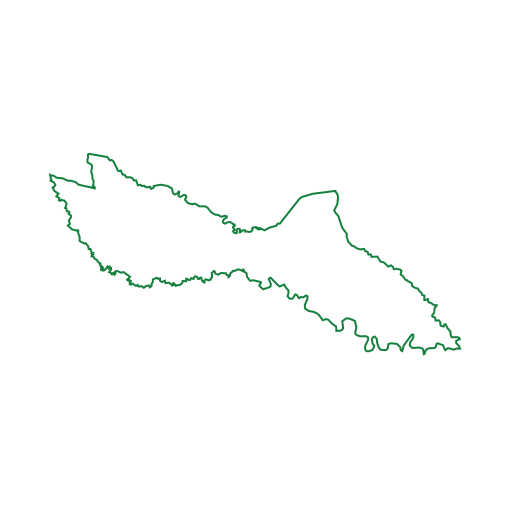 the district of Quinsaloma, Los Rios, Ecuador, rotated 279°
{"feature_id": "8360857B59163426869713", "entity_name": "Quinsaloma", "entity_type": "district", "adm_level": 2, "iso_a3": "ECU", "parent_name": "Ecuador", "parent_adm1": "Los Rios", "projection": "orthographic", "projection_center": [-79.358, -1.146], "detail": "fine", "context": "isolated", "style": "outline", "palette": "green", "viewbox_px": 512, "rotation_deg": 279, "n_neighbors": 0, "source": "geoboundaries", "source_scale": "gbopen_adm2", "svg_char_len": 6084}
<svg xmlns="http://www.w3.org/2000/svg" viewBox="0 0 512 512"><g transform="rotate(279 256 256)"><path d="M303.9,40.1L300.1,41.2L299.5,42.0L298.2,41.4L297.0,44.9L294.8,46.7L293.4,46.2L291.9,44.5L291.3,44.6L291.1,45.4L289.7,45.8L288.5,47.1L286.6,51.2L283.7,49.5L282.4,52.6L280.1,52.7L280.1,54.2L281.2,55.0L280.7,55.7L280.9,57.7L278.7,60.4L277.6,60.8L273.6,60.0L273.5,61.1L270.6,62.1L270.5,64.5L269.8,64.9L268.3,64.3L266.8,67.1L265.1,67.1L261.9,65.6L258.6,67.1L256.7,65.4L253.6,70.0L253.0,75.0L253.5,75.3L253.4,76.5L251.0,76.7L247.3,78.8L243.2,79.5L241.4,84.6L242.0,85.7L239.5,88.7L236.6,89.7L237.0,91.4L233.5,93.3L233.5,94.1L232.7,93.3L232.2,94.5L231.9,93.8L229.9,93.7L230.2,95.2L228.0,97.3L227.0,99.9L225.6,100.5L224.3,103.4L223.5,103.0L222.9,103.9L221.9,103.8L221.2,104.5L222.2,106.1L221.5,105.4L220.7,106.5L219.6,105.0L217.9,105.2L217.8,107.0L219.1,107.0L218.0,108.1L221.1,110.9L222.1,110.7L222.6,111.2L222.0,112.2L222.5,113.0L220.5,113.0L221.5,114.8L219.4,114.9L217.1,113.4L216.6,115.2L215.4,116.5L216.5,116.8L217.1,118.5L215.9,118.4L215.3,119.1L217.0,120.0L218.6,119.3L219.5,121.1L218.4,125.3L219.4,127.6L215.8,134.8L212.3,132.4L211.7,133.4L212.4,134.9L211.8,136.2L211.0,136.5L210.3,135.3L208.2,135.8L208.1,136.5L209.4,138.4L207.7,142.1L208.9,143.8L207.6,144.5L207.7,146.4L208.4,147.7L207.0,150.2L209.2,152.0L210.1,155.0L208.5,156.2L210.2,157.6L211.8,157.2L214.2,158.1L216.7,157.8L219.0,161.5L218.1,162.6L218.8,164.7L216.5,165.1L215.8,166.6L215.6,167.3L217.3,169.8L215.1,170.8L216.1,174.3L213.6,178.0L214.3,179.0L215.8,178.1L216.4,179.2L213.9,181.6L215.0,182.7L215.0,184.5L215.8,185.7L218.0,187.5L219.9,187.5L220.1,191.0L222.6,190.7L222.6,191.8L221.6,193.3L222.3,194.9L223.9,195.3L223.6,197.9L225.7,198.3L226.5,199.4L225.9,201.4L224.3,202.1L224.5,203.5L225.6,204.0L226.1,205.2L223.6,206.3L222.0,208.1L221.8,209.3L223.8,208.9L225.1,209.9L224.6,213.4L225.6,215.0L226.8,214.8L228.1,215.9L232.4,215.0L234.6,216.8L234.6,217.3L232.3,218.6L231.6,221.6L233.7,223.9L234.2,229.2L232.6,230.1L232.6,232.1L231.1,232.2L232.2,233.3L235.3,233.5L236.3,234.8L237.7,235.4L238.0,237.4L239.9,240.0L239.9,242.8L239.1,244.8L240.6,245.4L240.0,246.3L238.6,246.6L237.8,249.2L234.1,250.4L230.6,254.0L231.6,257.1L231.1,264.6L229.8,265.1L228.6,264.1L227.2,263.9L224.5,267.7L224.4,268.6L227.4,274.4L228.4,275.2L230.8,275.0L235.2,272.3L236.4,272.8L236.8,273.9L230.8,281.9L229.6,284.3L232.2,288.3L229.6,290.3L227.2,293.3L224.5,293.9L221.2,293.5L219.2,295.7L219.3,298.0L220.0,299.0L224.2,300.8L223.8,302.7L221.4,304.5L221.1,305.3L222.6,306.7L222.5,309.3L224.6,311.1L224.7,312.6L223.7,313.3L221.1,313.4L215.0,311.8L211.8,312.8L210.0,316.5L209.8,322.1L208.7,325.5L207.5,327.5L203.0,332.0L204.7,335.2L204.3,337.5L200.9,342.0L198.8,346.2L194.6,347.1L195.4,351.1L197.0,352.9L198.2,353.4L205.0,351.4L208.5,354.8L208.8,357.8L207.4,363.8L201.3,366.3L195.7,366.0L194.6,366.4L193.6,367.8L193.0,371.6L194.0,377.2L193.0,379.5L190.8,379.9L184.8,378.0L182.3,378.0L179.9,379.1L179.3,380.2L179.5,382.0L181.2,385.5L182.0,386.0L186.0,386.9L187.6,384.9L191.9,383.4L194.1,384.3L195.0,385.8L193.1,388.2L188.4,389.6L184.5,391.9L182.9,393.7L183.3,398.7L184.0,399.8L185.4,400.6L189.7,400.5L191.0,403.3L191.2,409.0L188.6,412.7L185.7,413.6L185.0,415.3L190.7,415.9L202.3,421.9L203.0,422.8L202.6,423.8L200.5,424.0L197.7,423.4L195.5,421.9L191.7,421.8L189.6,424.9L191.1,431.4L190.7,434.8L189.5,435.9L185.3,437.1L185.8,437.8L188.7,438.2L190.7,439.2L192.0,441.7L192.9,446.3L193.8,447.6L197.8,448.3L198.2,449.0L197.2,454.6L192.6,457.7L195.0,460.0L194.5,466.3L196.0,468.5L196.4,471.9L198.9,470.6L201.2,467.5L202.6,467.0L203.7,467.2L205.8,470.3L207.0,469.5L207.3,467.6L206.4,461.9L208.5,460.6L212.2,459.7L212.6,458.6L214.9,456.3L218.3,453.9L217.8,452.8L215.8,452.5L215.8,450.1L216.7,448.9L219.2,448.5L221.1,446.7L220.3,443.5L223.2,442.5L223.8,439.7L224.8,439.2L227.8,440.8L232.4,440.6L234.6,442.0L235.7,442.1L235.2,439.8L237.0,436.0L237.3,433.6L240.3,432.4L238.9,430.0L239.0,429.0L243.2,428.6L243.5,426.3L245.4,425.3L247.0,422.7L249.1,421.1L249.4,418.2L250.7,415.0L253.4,414.1L254.5,412.0L254.7,410.2L255.7,409.2L255.8,407.4L259.4,403.8L260.3,401.8L264.1,401.9L265.0,400.9L265.4,397.0L264.5,394.2L266.6,392.9L267.9,390.8L266.2,388.4L269.7,383.3L269.9,379.9L274.4,376.0L273.2,370.2L275.1,369.5L275.5,368.6L275.0,366.9L277.6,365.5L278.0,362.9L279.8,361.8L279.7,359.9L278.8,358.8L279.2,354.8L281.0,351.1L281.2,349.0L284.7,344.8L290.0,342.2L291.9,342.4L297.2,336.9L308.4,331.0L311.5,327.3L313.4,326.1L319.8,328.2L326.5,327.9L329.7,326.8L331.8,324.6L332.7,324.3L326.4,302.5L321.5,292.1L319.2,289.9L291.7,274.5L291.3,272.3L289.1,271.4L286.2,265.0L282.7,260.3L283.7,257.2L283.1,256.2L284.2,255.5L284.1,254.9L282.7,254.4L283.3,252.4L283.8,252.7L283.8,252.1L284.5,252.1L284.0,249.2L282.7,247.8L281.6,248.5L279.5,247.6L278.6,245.2L278.8,242.7L278.4,241.6L279.7,241.1L279.4,239.2L276.8,236.5L277.8,236.0L279.7,236.3L280.3,235.0L279.9,233.6L278.4,232.7L276.4,233.7L275.3,232.8L275.6,230.6L276.9,229.5L278.7,230.9L280.5,228.8L281.2,228.8L282.7,230.4L283.8,229.9L283.7,228.5L285.1,226.6L285.4,224.8L284.7,222.2L283.1,220.4L283.7,218.5L284.7,217.8L286.0,218.0L287.8,219.0L289.3,221.1L290.6,220.9L290.9,219.1L289.3,215.5L290.6,212.2L290.5,208.9L292.3,204.8L296.0,200.8L297.1,197.8L296.2,192.3L298.2,187.6L297.1,184.9L297.7,180.2L300.4,177.1L303.5,177.9L304.7,177.4L305.2,175.4L302.6,172.3L302.6,171.0L303.4,170.0L307.1,170.2L307.6,169.6L305.8,168.8L304.0,166.1L305.0,164.3L309.6,162.3L311.4,157.4L311.5,151.0L310.9,148.9L309.1,144.0L307.3,144.1L305.9,141.9L306.2,141.2L307.6,140.8L307.8,140.0L306.9,138.2L306.8,136.1L307.9,134.7L307.2,132.4L308.2,130.9L307.4,128.3L312.0,125.7L311.5,123.6L313.3,122.0L314.1,119.9L313.5,115.6L315.7,113.5L315.6,111.5L319.3,109.0L318.4,107.6L318.6,106.4L327.0,100.6L328.3,98.4L327.6,96.6L330.5,93.6L330.8,75.2L329.8,74.0L327.5,74.8L324.6,74.4L322.0,75.1L320.5,79.2L319.1,80.1L313.5,80.0L309.9,81.8L306.9,82.3L305.0,83.7L301.2,84.3L299.6,83.8L298.7,86.0L297.6,86.2L298.7,69.5L300.8,66.2L301.4,60.8L300.9,58.7L302.5,52.5L302.1,46.7L303.5,44.2L303.7,42.0L303.2,41.4L303.9,40.1Z" fill="none" stroke="#15803d" stroke-width="2"/></g></svg>